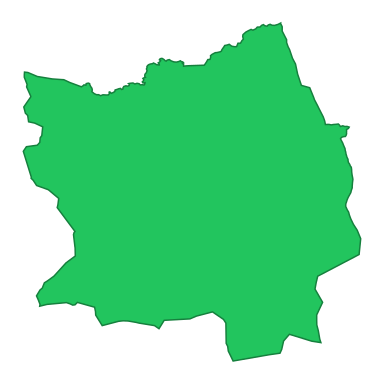 Warji, Bauchi, Nigeria (Mercator projection)
{"feature_id": "59680162B82946706311025", "entity_name": "Warji", "entity_type": "district", "adm_level": 2, "iso_a3": "NGA", "parent_name": "Nigeria", "parent_adm1": "Bauchi", "projection": "mercator", "projection_center": [9.757, 11.144], "detail": "fine", "context": "isolated", "style": "filled", "palette": "green", "viewbox_px": 384, "rotation_deg": 0, "n_neighbors": 0, "source": "geoboundaries", "source_scale": "gbopen_adm2", "svg_char_len": 3936}
<svg xmlns="http://www.w3.org/2000/svg" viewBox="0 0 384 384"><path d="M24.5,72.1L24.3,74.6L24.3,77.3L26.0,81.6L27.1,84.5L26.6,86.9L30.8,96.3L30.7,97.0L27.0,102.3L23.8,107.0L25.4,113.2L27.7,115.5L28.6,121.8L34.7,123.1L42.7,126.8L41.8,135.6L40.2,137.8L39.8,142.4L37.3,145.2L26.4,146.7L23.3,151.3L31.3,177.1L31.1,178.3L33.2,180.3L36.6,185.5L48.3,189.7L58.7,198.4L57.9,204.8L57.2,207.6L75.0,231.5L74.1,232.5L73.5,234.6L75.0,247.3L75.1,247.7L75.3,256.0L66.1,262.8L53.9,276.2L47.0,281.2L44.4,282.8L43.3,285.5L42.3,288.1L40.0,290.0L36.5,295.9L38.4,300.1L40.0,304.4L39.7,306.2L47.0,304.4L66.5,302.6L68.7,303.4L70.0,303.8L72.7,305.1L75.0,304.8L77.4,302.4L94.6,307.2L95.5,311.6L95.7,315.1L102.2,325.6L118.6,321.3L123.1,320.8L128.1,321.0L136.2,322.4L139.1,323.1L154.5,325.6L159.0,328.7L164.2,320.3L189.9,318.9L196.4,316.1L212.5,311.9L223.5,319.4L225.9,323.1L226.2,343.4L227.7,346.4L228.3,351.1L231.0,356.6L233.1,361.0L269.4,354.7L280.0,353.2L281.7,349.4L283.6,341.0L289.4,334.3L311.8,341.2L320.9,342.6L319.8,339.3L318.3,330.7L316.8,324.9L316.7,320.6L316.7,314.9L322.6,302.3L315.0,289.1L316.3,281.9L316.6,280.9L317.7,276.2L359.1,254.5L360.7,238.7L357.2,230.2L353.4,224.3L350.8,218.9L349.4,215.1L348.6,212.1L347.1,209.6L346.7,208.6L345.7,206.4L345.8,203.8L346.3,202.5L347.1,199.9L348.1,197.5L349.6,194.8L350.8,192.6L351.4,190.2L352.2,187.9L352.2,186.4L352.5,182.6L352.9,179.4L352.6,177.5L352.1,175.1L351.7,172.0L351.6,169.4L351.3,167.3L350.1,165.6L349.8,164.5L348.4,162.4L348.0,160.3L348.0,159.3L346.9,157.1L346.5,155.5L346.0,154.0L345.7,151.9L345.2,150.3L345.0,148.5L344.2,146.8L343.5,145.1L342.7,143.0L341.8,141.3L341.0,139.8L340.5,138.8L341.1,137.9L342.2,137.0L344.0,136.6L345.3,136.5L346.0,135.6L346.6,133.8L346.5,132.8L346.6,130.9L346.5,129.7L347.2,129.1L348.4,128.5L349.2,127.1L347.1,126.4L344.8,126.5L342.8,125.8L340.4,126.5L339.6,125.3L339.0,124.6L338.3,124.0L336.1,124.3L333.3,124.5L331.3,124.9L328.9,124.4L325.4,124.5L324.7,121.0L323.9,118.7L323.2,116.8L318.8,108.2L317.4,105.3L314.4,99.6L313.7,97.5L313.5,97.0L309.7,87.7L301.4,85.4L300.0,81.3L298.9,77.9L297.6,74.1L297.4,73.0L296.9,70.7L295.5,64.0L292.5,58.3L289.6,49.7L288.1,46.8L286.6,42.5L286.6,40.9L286.6,39.7L285.1,36.8L282.2,31.1L282.2,26.8L281.4,25.0L280.7,23.9L280.7,23.0L278.0,24.4L274.5,25.4L271.9,25.2L270.1,24.3L268.2,25.0L267.0,26.2L264.7,25.7L263.5,24.6L261.5,25.4L260.1,27.0L257.3,27.1L255.7,28.9L254.1,29.6L252.9,30.2L251.1,29.4L248.0,30.9L245.8,32.1L243.0,34.6L242.7,36.4L243.3,39.2L241.9,40.7L240.5,43.2L238.0,43.2L236.6,46.6L234.7,46.7L231.7,46.2L229.2,44.3L227.2,45.0L224.7,45.5L224.0,46.7L222.0,49.5L221.4,51.1L220.2,51.8L217.2,52.5L215.2,52.7L212.0,54.4L210.5,55.7L210.7,57.1L210.0,59.4L207.8,59.6L206.4,62.1L204.3,65.2L189.5,65.7L186.0,65.9L183.6,66.2L183.6,64.6L182.5,63.3L183.6,62.9L182.7,61.9L181.6,61.7L180.3,60.8L178.6,61.6L176.4,62.1L173.9,61.9L171.2,60.9L169.3,59.6L167.2,60.1L166.2,61.1L165.1,60.7L164.2,59.7L162.4,58.5L161.3,58.4L160.1,58.8L159.4,59.8L160.6,60.7L159.7,61.9L158.2,62.9L159.2,63.9L159.3,64.9L158.0,64.9L156.4,64.6L155.2,63.8L153.4,63.0L152.5,63.7L150.4,64.0L148.8,64.6L147.6,65.5L146.9,66.6L147.1,67.5L146.5,68.6L146.6,69.7L147.1,70.6L146.6,71.9L146.1,73.0L145.2,73.9L144.8,74.9L144.8,76.5L145.4,77.4L144.0,77.8L142.9,78.4L143.8,79.7L143.2,81.1L142.3,81.9L143.1,83.0L145.0,82.7L144.7,84.2L144.0,85.0L142.3,84.7L140.3,84.9L139.1,83.7L137.0,83.3L134.9,84.0L133.0,83.0L130.0,83.3L128.6,83.6L129.4,84.3L129.2,85.5L127.5,86.2L125.9,85.8L123.8,86.5L123.0,87.8L122.9,89.0L121.7,89.5L120.5,88.4L118.9,88.7L117.0,89.4L115.1,90.0L114.8,91.5L113.2,92.5L111.4,93.3L109.8,91.9L109.1,92.2L109.4,93.6L108.4,94.9L106.7,95.0L102.9,94.8L100.6,95.7L98.7,94.7L96.5,94.7L94.2,93.6L91.9,91.7L92.3,90.0L91.9,88.2L90.7,86.5L89.8,84.7L89.6,83.6L88.3,83.1L86.2,83.6L85.9,85.1L83.9,84.9L83.0,85.8L81.4,86.8L69.8,82.5L63.8,79.7L61.9,79.6L51.8,78.9L51.5,78.8L42.4,77.3L37.3,76.5L36.2,76.0L27.9,72.5L24.5,72.1Z" fill="#22c55e" stroke="#15803d" stroke-width="1.5"/></svg>